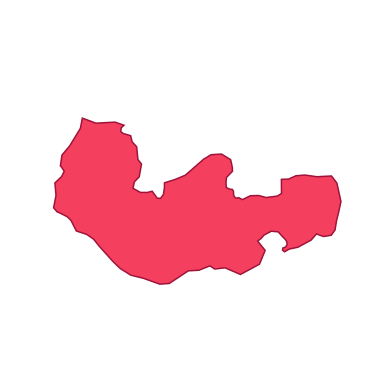 outline of Nyong-et-So, Centre, Cameroon, rotated 44°
{"feature_id": "32672807B23369878558765", "entity_name": "Nyong-et-So", "entity_type": "district", "adm_level": 2, "iso_a3": "CMR", "parent_name": "Cameroon", "parent_adm1": "Centre", "projection": "natural_earth1", "projection_center": [11.573, 3.467], "detail": "fine", "context": "isolated", "style": "filled", "palette": "rose", "viewbox_px": 384, "rotation_deg": 44, "n_neighbors": 0, "source": "geoboundaries", "source_scale": "gbopen_adm2", "svg_char_len": 1613}
<svg xmlns="http://www.w3.org/2000/svg" viewBox="0 0 384 384"><g transform="rotate(44 192 192)"><path d="M186.9,144.2L179.8,151.9L177.6,160.2L177.4,162.4L175.5,184.6L171.1,194.8L165.8,204.5L169.2,208.1L173.1,213.6L173.8,218.4L171.3,220.6L162.8,219.1L160.2,223.3L155.2,228.1L154.2,228.4L146.9,230.3L143.5,224.6L143.5,217.8L136.3,207.0L130.5,206.2L120.8,197.9L114.1,197.5L108.7,194.1L101.9,197.7L98.6,198.0L96.5,194.8L96.7,191.2L88.1,195.2L75.0,209.3L61.8,215.0L67.5,223.8L72.0,243.9L72.8,255.7L79.2,264.7L80.3,264.6L85.6,265.8L87.5,271.5L87.1,280.7L96.6,289.0L103.4,299.5L108.7,300.0L109.8,299.5L119.3,296.5L124.6,296.5L126.4,297.1L135.9,300.4L145.8,295.6L152.6,294.5L154.1,294.3L164.3,295.6L168.1,295.8L183.2,296.9L193.8,296.9L195.0,296.6L205.9,294.3L216.5,288.1L218.0,287.4L223.9,284.7L232.8,280.7L239.2,273.6L244.1,251.3L250.2,244.7L251.3,243.5L256.2,232.7L261.9,231.6L268.4,223.6L284.1,217.7L290.7,197.1L285.2,183.2L273.3,181.7L274.0,177.6L273.7,173.0L276.3,165.1L281.7,160.8L286.1,161.1L293.4,161.4L296.7,163.3L297.6,166.5L296.3,169.1L297.4,170.9L300.1,170.8L301.6,165.5L306.6,158.1L308.0,153.6L311.1,144.0L310.7,135.7L317.5,132.7L322.2,126.4L321.3,120.0L315.9,112.2L311.5,104.6L305.8,95.4L298.6,90.6L289.9,84.9L281.2,83.6L273.7,91.6L271.4,94.1L262.9,100.3L261.2,101.6L255.5,108.1L252.5,115.6L247.5,120.8L257.4,130.9L256.2,135.7L249.1,144.5L242.4,148.2L236.6,154.1L233.6,162.4L229.6,163.6L227.7,166.1L224.5,165.6L221.2,162.6L219.2,162.1L217.1,163.8L213.5,164.9L210.0,161.7L206.7,157.6L206.7,148.9L203.9,146.3L201.3,144.5L197.3,141.9L186.9,144.2Z" fill="#f43f5e" stroke="#9f1239" stroke-width="1.5"/></g></svg>